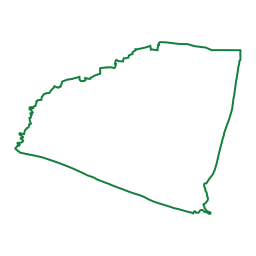 Santiago Tapextla, Oaxaca, Mexico
{"feature_id": "50627088B73039114437677", "entity_name": "Santiago Tapextla", "entity_type": "district", "adm_level": 2, "iso_a3": "MEX", "parent_name": "Mexico", "parent_adm1": "Oaxaca", "projection": "mercator", "projection_center": [-98.492, 16.33], "detail": "fine", "context": "isolated", "style": "outline", "palette": "green", "viewbox_px": 256, "rotation_deg": 0, "n_neighbors": 0, "source": "geoboundaries", "source_scale": "gbopen_adm2", "svg_char_len": 5153}
<svg xmlns="http://www.w3.org/2000/svg" viewBox="0 0 256 256"><path d="M15.5,149.0L17.2,150.2L17.5,150.6L17.8,150.7L18.0,151.2L18.5,151.4L19.1,151.6L19.8,152.5L20.4,152.7L21.1,152.9L21.9,153.0L24.9,153.6L26.2,154.2L26.5,154.2L27.0,154.0L27.5,154.0L27.9,154.1L28.3,154.4L29.2,154.7L29.8,154.8L30.2,154.8L30.6,154.8L31.2,154.8L31.8,154.9L32.3,155.2L33.4,155.4L36.1,155.9L41.4,157.1L44.6,158.1L47.8,159.2L52.0,160.6L55.8,161.9L58.9,163.0L61.9,164.2L65.6,165.6L68.7,166.8L71.9,168.1L76.2,170.0L79.9,171.7L83.8,173.5L87.6,175.4L91.4,176.7L94.1,177.7L97.3,179.5L100.8,180.9L104.4,182.3L108.9,183.9L113.6,185.9L117.3,187.3L122.0,189.0L126.1,190.6L129.8,192.0L134.2,193.5L139.5,195.1L144.0,196.9L149.3,199.7L150.0,200.0L154.5,201.9L161.7,204.2L169.6,206.6L173.6,208.0L179.9,209.5L186.7,211.5L191.5,212.6L193.2,213.4L194.0,211.6L195.1,211.4L195.4,211.8L195.7,212.2L195.9,212.6L197.1,212.8L197.7,212.7L198.5,212.6L198.9,212.3L199.4,211.6L200.1,210.5L200.7,210.0L201.3,210.0L202.1,210.0L202.8,210.3L203.1,210.6L203.8,211.0L204.0,211.4L204.5,211.9L205.1,212.1L205.6,212.1L206.6,212.2L207.1,212.4L207.6,212.9L208.3,213.1L208.8,213.5L209.3,213.9L210.0,213.9L210.4,213.5L210.6,212.9L210.3,212.5L209.8,212.4L209.4,212.1L208.9,211.9L208.5,211.7L208.0,211.5L207.4,211.2L206.9,211.1L206.5,210.7L206.2,210.2L205.8,209.7L205.4,209.2L205.0,208.6L204.7,208.2L204.5,207.6L204.4,207.1L204.3,206.7L204.1,206.2L203.8,205.4L203.4,204.5L203.8,204.1L204.4,203.9L205.3,203.3L205.9,202.7L206.2,202.1L206.6,201.5L207.1,201.1L207.6,200.3L207.9,199.4L207.9,198.6L207.8,197.6L207.6,197.0L207.0,196.0L206.9,195.5L206.9,194.4L206.8,193.2L206.4,192.4L206.1,191.5L205.9,191.2L205.5,190.6L205.2,189.1L205.0,188.1L204.3,186.7L204.2,186.2L204.1,185.0L204.2,184.2L204.4,183.8L204.7,183.5L205.7,183.3L206.4,183.4L209.1,179.1L209.2,178.9L212.8,174.4L214.8,169.7L216.6,163.7L219.3,152.0L221.2,144.4L222.0,142.0L222.3,140.1L222.8,138.4L223.7,135.8L224.2,132.9L226.5,126.3L226.5,126.2L229.0,119.7L230.4,115.0L230.7,114.1L231.4,111.5L232.1,109.2L232.5,105.9L232.7,104.4L232.8,103.9L233.5,98.2L234.0,96.6L235.1,88.5L236.2,80.3L236.4,79.9L238.0,70.3L238.0,69.4L238.1,68.5L238.6,66.0L239.2,63.6L239.3,63.1L239.2,62.9L239.3,62.4L239.4,61.7L239.6,60.6L240.3,60.1L240.4,59.8L240.4,56.5L240.3,53.7L240.3,52.7L240.4,52.0L240.6,51.3L240.6,50.9L240.3,50.2L211.5,50.1L211.4,50.0L205.6,47.5L202.7,47.2L194.3,46.1L187.4,44.1L179.3,44.0L171.4,43.0L168.1,42.6L167.0,42.4L160.0,42.1L158.8,43.2L159.1,45.0L158.2,44.9L157.4,50.3L152.5,49.5L150.9,49.7L150.3,45.9L145.1,47.6L138.5,49.0L137.0,49.3L135.5,49.2L135.6,50.3L134.7,50.6L132.5,52.4L132.3,53.5L132.5,53.9L128.8,55.5L128.9,56.1L128.3,57.7L127.6,57.7L126.9,58.0L124.4,58.4L123.8,58.3L123.2,60.1L123.0,61.5L122.1,61.3L118.7,61.2L116.3,59.9L115.6,60.9L114.9,63.9L115.9,64.0L115.6,65.9L114.9,67.5L114.1,68.1L113.7,68.0L111.7,67.3L108.1,67.3L107.4,67.2L106.9,67.6L104.7,67.6L101.3,68.0L100.1,68.3L100.2,73.8L98.5,74.2L94.9,75.5L93.4,76.3L92.5,76.9L91.3,77.4L90.7,77.6L90.4,78.8L89.7,78.8L88.0,78.8L87.8,78.6L85.2,78.0L85.2,78.7L85.3,79.4L85.4,79.9L85.2,80.4L84.4,80.8L82.9,81.1L80.8,80.9L80.1,80.4L79.6,79.5L79.4,76.9L72.7,78.7L72.4,78.9L70.7,79.1L70.1,79.3L68.4,79.5L68.1,79.4L62.3,81.5L60.5,86.8L59.6,86.7L58.5,87.7L57.6,87.5L54.4,86.2L53.6,87.9L52.8,88.4L50.5,91.1L49.6,92.7L49.3,92.9L48.9,93.1L46.0,93.2L45.3,93.7L44.9,93.9L44.4,94.0L43.7,94.4L42.2,96.6L41.8,96.9L41.3,99.9L37.8,100.2L37.6,100.7L37.4,100.9L36.6,101.1L36.4,101.4L36.5,101.8L36.6,102.3L36.3,103.0L35.4,105.9L34.8,106.2L34.7,106.3L34.3,106.2L34.2,106.4L33.8,106.6L33.2,107.5L33.2,108.1L32.4,108.3L31.9,107.1L29.7,107.4L29.6,107.6L29.8,107.9L30.5,108.4L30.7,108.7L30.5,109.2L29.8,109.2L29.6,109.2L29.6,109.4L30.2,109.7L31.4,110.2L31.7,110.8L31.9,111.6L32.1,111.9L32.5,112.0L32.7,112.4L32.4,112.8L32.2,113.5L31.6,114.1L31.4,114.1L31.2,113.3L30.9,113.1L30.7,113.2L30.4,113.4L30.5,114.0L30.7,114.3L31.5,114.9L31.6,115.1L31.1,115.5L30.8,116.0L30.8,116.6L30.9,116.8L31.0,117.3L30.7,117.6L29.4,118.1L29.7,119.1L29.8,120.7L30.4,122.3L30.8,123.3L30.7,123.3L30.3,123.9L30.0,124.2L29.3,124.2L29.2,124.6L29.5,124.9L28.5,127.0L28.4,127.3L27.5,128.0L26.7,128.2L26.6,128.6L26.4,128.9L26.1,129.3L25.9,129.4L25.5,129.6L25.2,130.0L25.0,130.5L24.8,131.1L24.7,131.4L24.5,131.8L24.4,132.3L24.4,132.7L24.3,133.2L24.2,133.6L24.1,134.0L23.8,134.0L23.5,134.1L23.3,134.0L23.0,134.0L22.6,133.9L22.3,133.8L21.9,133.7L21.5,133.6L21.2,133.4L20.8,133.3L20.2,133.2L19.8,133.2L19.5,133.4L19.5,134.0L19.7,134.5L19.9,134.7L20.3,135.0L20.6,135.2L21.0,135.5L21.5,135.8L21.8,136.1L22.3,136.4L22.6,136.6L22.8,136.7L23.1,137.2L23.0,137.6L22.9,137.7L22.6,137.8L22.3,137.8L22.0,137.9L21.6,138.0L21.1,138.1L20.7,138.2L20.7,138.6L21.1,139.0L21.6,139.2L22.0,139.5L22.3,139.7L23.2,140.9L22.6,141.7L22.5,141.8L22.3,142.0L21.8,142.2L21.3,142.4L21.0,142.6L20.8,142.7L20.5,142.8L20.2,142.8L19.8,142.8L19.2,142.8L18.9,142.8L18.4,142.8L17.9,142.8L17.5,143.0L17.5,143.4L17.7,143.7L18.0,144.1L18.3,144.5L18.7,144.6L19.1,144.7L19.5,144.8L19.0,145.8L18.9,145.8L18.5,145.5L18.2,145.2L17.9,145.2L17.4,145.9L16.7,146.8L16.3,147.3L16.0,147.5L15.9,147.7L15.7,147.9L15.7,148.2L15.4,148.4L15.4,148.8L15.5,149.0Z" fill="none" stroke="#15803d" stroke-width="2"/></svg>